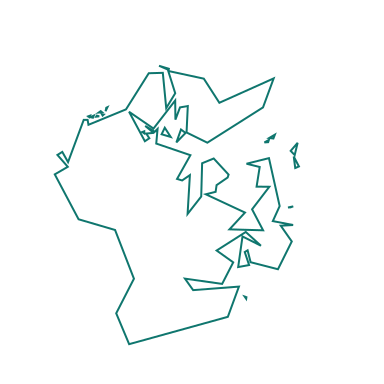 Belmullet-Lea-3, Mayo, Ireland, rotated 154°
{"feature_id": "5873133B47562740874876", "entity_name": "Belmullet-Lea-3", "entity_type": "district", "adm_level": 2, "iso_a3": "IRL", "parent_name": "Ireland", "parent_adm1": "Mayo", "projection": "albers", "projection_center": [-9.902, 54.113], "detail": "medium", "context": "isolated", "style": "outline", "palette": "teal", "viewbox_px": 384, "rotation_deg": 154, "n_neighbors": 0, "source": "geoboundaries", "source_scale": "gbopen_adm2", "svg_char_len": 1948}
<svg xmlns="http://www.w3.org/2000/svg" viewBox="0 0 384 384"><g transform="rotate(154 192 192)"><path d="M307.6,268.0L305.9,217.2L277.8,191.6L282.2,139.5L313.3,116.2L315.2,82.8L214.5,64.1L191.3,86.4L234.0,103.3L236.3,117.2L205.2,96.2L185.8,110.7L195.5,128.6L161.2,132.5L153.6,113.5L166.1,129.9L183.4,104.3L172.7,101.3L170.9,114.9L167.6,115.2L170.1,103.2L148.6,84.9L124.0,103.8L127.0,122.8L115.6,118.0L132.1,130.4L119.4,140.9L108.0,188.7L130.6,193.5L120.2,184.8L131.6,168.5L120.2,162.8L145.6,150.1L144.9,126.4L174.7,142.0L153.4,150.3L180.6,183.9L170.7,181.8L166.9,187.4L153.6,189.4L151.5,191.6L157.8,212.6L170.3,213.4L185.7,183.9L205.6,174.2L186.5,208.1L195.8,206.7L199.7,210.3L177.3,225.8L202.9,251.2L195.3,263.8L200.7,262.0L207.5,264.6L206.8,259.0L212.1,258.3L213.4,291.7L198.8,265.9L167.0,281.6L175.2,264.3L165.7,273.3L158.1,271.1L170.8,247.9L156.6,229.6L91.1,236.9L68.8,258.3L128.3,260.2L131.7,288.7L160.3,311.2L163.8,288.1L178.4,278.7L166.0,311.9L178.8,317.7L215.1,295.2L255.6,297.8L254.2,302.6L257.7,304.3L290.3,273.2L291.0,284.9L296.7,284.3L292.6,269.1L307.6,268.0ZM174.5,253.0L184.3,243.4L171.9,247.9L174.5,253.0ZM194.0,257.2L187.0,250.8L188.3,261.7L194.0,257.2ZM85.0,179.3L88.7,168.3L84.7,168.1L85.0,179.3ZM85.3,185.7L83.5,180.2L75.5,189.9L85.3,185.7ZM166.3,319.9L159.5,312.0L158.8,312.9L166.3,319.9ZM201.6,264.3L205.1,271.9L199.6,263.3L201.6,264.3ZM98.9,206.7L95.4,204.4L92.4,207.2L98.9,206.7ZM232.1,305.3L234.3,302.5L230.8,305.3L232.1,305.3ZM110.2,135.0L107.3,134.7L112.5,136.0L110.2,135.0ZM105.2,204.8L101.7,203.4L100.1,205.1L105.2,204.8ZM248.5,302.2L246.8,303.7L250.5,303.8L248.5,302.2ZM238.9,301.2L238.8,299.9L237.5,300.3L238.9,301.2ZM242.2,300.7L244.1,302.4L245.1,301.7L242.2,300.7ZM238.6,304.7L241.0,304.3L237.9,303.1L238.6,304.7ZM190.5,74.9L190.1,72.3L189.2,73.6L190.5,74.9ZM252.1,305.5L251.4,304.2L250.2,305.3L252.1,305.5ZM210.4,267.7L209.2,265.6L208.3,267.5L210.4,267.7Z" fill="none" stroke="#0f766e" stroke-width="2"/></g></svg>